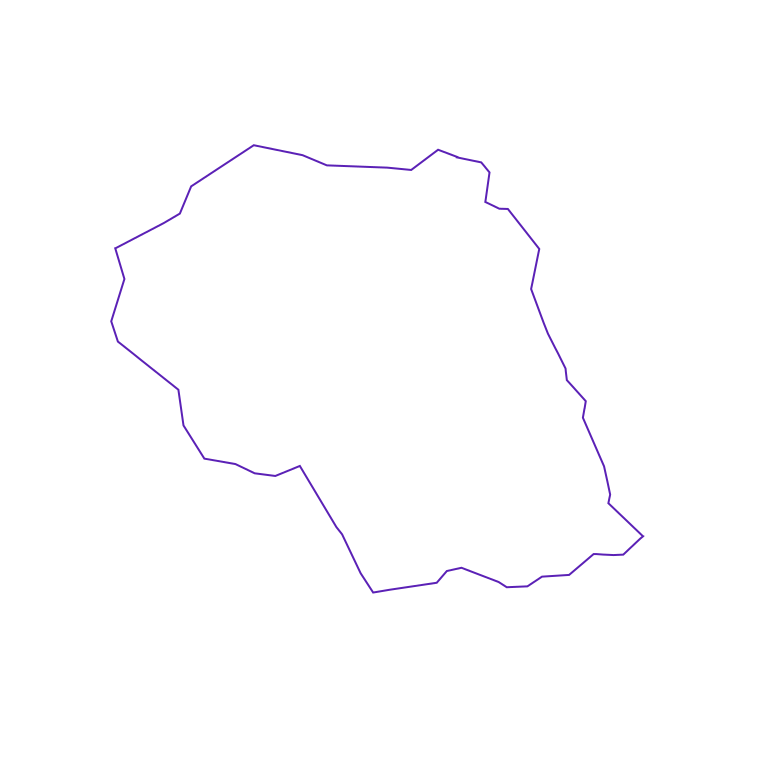 outline of Batsu'mber, Töv, Mongolia, rotated 238°
{"feature_id": "93677404B9757531437385", "entity_name": "Batsu'mber", "entity_type": "district", "adm_level": 2, "iso_a3": "MNG", "parent_name": "Mongolia", "parent_adm1": "Töv", "projection": "mercator", "projection_center": [106.756, 48.416], "detail": "fine", "context": "isolated", "style": "outline", "palette": "violet", "viewbox_px": 768, "rotation_deg": 238, "n_neighbors": 0, "source": "geoboundaries", "source_scale": "gbopen_adm2", "svg_char_len": 1426}
<svg xmlns="http://www.w3.org/2000/svg" viewBox="0 0 768 768"><g transform="rotate(238 384 384)"><path d="M641.5,228.0L610.6,219.5L581.7,185.9L561.0,180.8L545.6,186.3L532.4,190.9L488.1,206.6L455.1,192.0L415.9,192.1L394.8,215.6L376.8,227.0L363.6,243.1L359.1,269.2L287.9,267.8L278.7,268.8L235.9,263.9L212.9,264.3L206.5,279.8L187.5,323.4L192.1,338.2L187.1,352.3L155.3,376.3L146.6,380.4L136.4,398.4L136.9,415.9L124.0,439.8L128.7,471.6L127.0,474.3L123.4,479.2L117.3,488.0L112.5,496.5L114.3,505.4L117.1,519.5L117.6,523.4L118.0,523.6L117.9,523.5L117.9,523.4L117.8,522.9L118.1,522.8L149.5,514.8L164.0,511.1L168.1,515.0L169.0,515.9L170.4,517.2L183.8,522.1L184.4,522.3L197.3,526.9L197.6,527.0L210.5,528.9L219.2,530.2L250.0,534.8L256.7,540.8L256.8,541.0L262.5,546.0L263.8,545.8L277.5,543.4L279.9,543.0L290.4,541.1L291.0,541.4L298.0,544.7L301.0,546.2L301.3,546.2L312.6,547.3L317.6,547.8L324.2,548.3L339.8,549.7L351.2,551.8L362.9,554.2L386.6,559.1L391.3,563.6L413.8,584.9L413.9,585.0L416.2,587.2L416.3,587.2L416.6,587.2L435.3,585.2L466.8,581.8L468.8,578.8L470.4,576.4L471.5,574.7L483.1,567.4L484.0,566.8L484.3,566.7L484.7,566.4L486.9,568.3L507.5,585.6L513.5,584.8L514.6,584.7L520.4,583.9L532.5,571.2L535.2,568.4L537.3,566.2L537.4,566.5L537.5,566.6L554.0,554.0L551.1,520.5L565.7,501.5L599.7,451.4L621.2,436.2L655.5,400.1L653.8,325.2L636.7,301.2L637.2,282.5L641.4,228.3L641.5,228.0Z" fill="none" stroke="#5b21b6" stroke-width="2"/></g></svg>